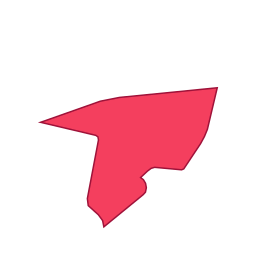 Quirino, Equal Earth projection, rotated 222°
{"feature_id": "PHL-2554", "entity_name": "Quirino", "entity_type": "Province", "adm_level": 1, "iso_a3": "PHL", "parent_name": "Philippines", "parent_adm1": "", "projection": "equal_earth", "projection_center": [121.517, 16.288], "detail": "fine", "context": "isolated", "style": "filled", "palette": "rose", "viewbox_px": 256, "rotation_deg": 222, "n_neighbors": 0, "source": "natural_earth", "source_scale": "10m", "svg_char_len": 473}
<svg xmlns="http://www.w3.org/2000/svg" viewBox="0 0 256 256"><g transform="rotate(222 128 128)"><path d="M196.8,73.7L166.5,129.4L154.8,145.0L88.6,217.6L68.1,180.1L65.5,172.8L63.6,164.9L59.2,134.9L60.2,132.8L81.9,116.6L83.8,113.5L84.7,109.0L85.5,99.6L81.9,99.9L77.9,98.6L74.4,95.9L72.1,92.0L72.1,88.7L79.8,38.4L84.9,42.2L92.0,43.7L96.0,43.7L105.6,43.7L111.0,48.4L141.9,99.3L144.4,101.3L147.0,101.0L196.8,73.7Z" fill="#f43f5e" stroke="#9f1239" stroke-width="1.5"/></g></svg>